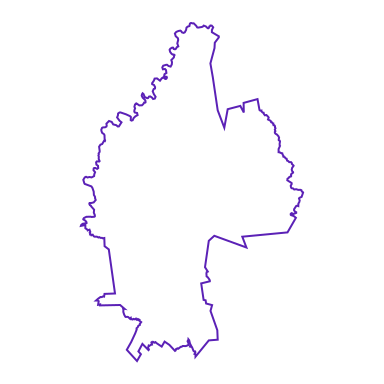 the district of Concordia, Sinaloa, Mexico
{"feature_id": "50627088B76854514222016", "entity_name": "Concordia", "entity_type": "district", "adm_level": 2, "iso_a3": "MEX", "parent_name": "Mexico", "parent_adm1": "Sinaloa", "projection": "natural_earth1", "projection_center": [-106.025, 23.421], "detail": "fine", "context": "isolated", "style": "outline", "palette": "violet", "viewbox_px": 384, "rotation_deg": 0, "n_neighbors": 0, "source": "geoboundaries", "source_scale": "gbopen_adm2", "svg_char_len": 5928}
<svg xmlns="http://www.w3.org/2000/svg" viewBox="0 0 384 384"><path d="M264.9,115.3L263.9,114.0L263.6,112.7L262.7,112.6L261.7,111.6L261.3,111.1L261.4,110.5L260.1,110.5L259.5,110.0L257.5,99.1L243.6,102.9L243.8,112.5L240.3,105.9L227.7,109.2L224.3,127.7L217.7,110.3L212.8,77.2L210.4,63.4L214.5,48.1L214.8,42.7L218.8,37.4L218.8,36.3L211.9,32.2L211.9,30.0L213.2,27.3L211.7,25.6L210.4,25.5L210.0,26.2L209.3,26.5L209.0,27.7L208.3,28.3L207.7,28.2L205.8,26.4L203.7,25.6L202.8,26.6L201.8,27.0L198.1,27.6L197.2,27.4L196.2,25.8L193.7,23.3L192.5,23.4L191.4,23.0L190.5,23.1L189.9,23.7L189.4,26.1L187.7,26.6L186.5,27.6L186.1,29.9L184.8,32.3L183.6,32.9L182.0,32.4L181.1,31.1L180.3,30.6L178.4,31.0L176.3,31.9L174.9,33.5L175.7,36.2L177.9,38.2L178.2,39.9L177.3,43.4L178.3,46.4L176.8,47.2L175.9,48.8L175.0,49.3L173.7,49.0L173.2,47.7L172.2,47.6L170.3,48.7L169.6,49.8L170.1,51.8L171.4,53.6L172.5,54.5L173.8,54.5L174.5,55.1L174.1,55.7L174.0,57.0L173.7,57.6L171.3,60.1L172.0,62.1L171.8,64.4L170.6,66.6L168.5,66.0L167.1,64.8L166.2,64.8L163.2,65.7L162.3,67.4L162.9,69.3L165.0,69.0L166.0,70.1L166.4,73.0L164.6,74.1L164.2,75.3L164.8,76.8L166.6,76.8L166.9,77.5L166.7,78.2L166.3,78.8L165.3,79.0L163.2,77.3L162.5,78.0L161.8,78.2L160.0,80.7L157.0,78.4L154.6,78.6L153.9,80.6L152.1,83.2L152.2,84.2L154.0,85.0L155.1,87.1L155.0,88.5L153.7,89.0L152.7,91.3L153.9,94.2L155.6,96.8L154.8,98.6L153.1,99.0L151.9,97.5L150.2,96.4L149.0,96.6L148.0,98.1L147.2,98.2L144.7,97.0L143.5,94.0L142.6,93.3L142.0,94.3L141.7,95.7L142.7,97.7L144.9,99.8L145.5,100.9L145.5,102.4L145.0,102.7L144.1,102.6L143.4,103.9L142.0,105.3L139.3,105.4L136.4,103.4L135.9,103.6L135.8,104.2L135.0,104.5L134.4,106.8L135.1,108.3L134.4,110.2L134.3,111.6L134.8,112.5L137.1,113.0L137.6,115.1L135.4,116.3L133.6,118.1L132.7,120.2L131.5,120.6L130.7,120.1L130.9,117.0L130.1,116.2L126.0,114.3L120.4,112.4L119.5,112.5L118.1,113.5L117.9,115.5L117.1,117.4L119.6,120.8L121.5,122.3L118.9,126.4L117.8,126.5L116.3,125.2L113.2,124.4L111.7,121.9L109.0,121.0L106.4,123.7L106.7,125.7L106.4,126.6L105.1,127.3L103.0,127.4L102.1,127.8L101.3,129.6L101.4,130.8L102.1,132.8L104.0,134.2L104.5,135.2L104.6,138.6L105.1,140.7L104.9,141.1L104.1,140.7L102.2,144.0L100.4,144.7L99.1,146.7L99.7,151.2L99.4,152.4L98.6,153.4L98.8,154.6L98.4,155.5L98.8,156.6L98.7,158.9L99.6,161.1L99.3,161.5L96.8,161.4L96.1,162.3L96.4,164.6L98.0,165.8L98.2,168.1L97.1,168.9L95.4,168.0L94.2,168.0L93.7,168.4L93.5,170.2L95.1,172.2L94.3,174.2L94.1,176.1L91.6,177.4L89.4,177.0L87.5,177.5L86.1,176.8L85.6,176.9L84.7,177.5L83.3,179.8L84.3,183.2L84.7,183.9L91.4,186.4L92.4,187.9L93.7,191.6L93.9,195.0L94.8,196.4L95.1,197.2L95.0,198.0L95.7,200.0L93.7,202.4L91.3,203.0L89.6,203.0L89.3,203.8L89.9,205.1L90.9,205.7L91.2,206.4L94.1,209.7L93.8,212.7L94.8,215.0L94.9,216.2L94.5,216.7L91.7,217.0L90.7,216.7L86.4,216.8L84.0,218.0L83.4,218.8L83.3,219.4L85.4,220.7L86.5,222.2L86.5,223.1L82.6,223.8L81.2,225.0L80.9,225.9L85.3,225.0L85.4,228.3L87.5,229.7L87.7,230.4L89.5,229.7L90.3,231.9L89.7,232.8L90.3,233.6L90.1,234.5L90.8,234.6L91.3,235.3L92.7,234.7L93.8,236.3L94.6,236.7L96.9,236.7L98.4,237.5L99.2,237.1L100.6,237.9L102.1,237.9L102.7,238.3L104.3,238.0L104.6,246.2L108.8,249.4L115.0,293.5L104.5,293.9L104.1,296.6L103.0,296.4L101.8,297.1L100.5,297.0L98.0,298.8L96.1,300.5L97.7,300.5L98.7,301.2L98.1,304.8L100.1,304.4L100.0,305.4L120.1,305.0L124.5,308.8L123.1,308.6L123.4,309.9L123.3,311.9L124.2,314.7L125.3,316.7L125.8,317.0L127.2,316.8L128.3,317.1L129.8,318.6L130.8,317.8L131.0,318.6L130.7,319.0L131.0,319.3L131.9,319.1L132.7,319.5L133.5,318.9L134.6,319.3L135.9,318.6L136.2,319.3L137.0,319.2L137.1,319.9L137.7,319.9L138.1,319.1L139.5,319.8L139.4,320.2L139.0,320.4L141.2,322.1L139.8,323.9L139.9,324.9L138.3,325.8L137.7,327.3L136.6,328.2L136.5,329.1L136.7,329.5L135.2,333.4L131.2,342.0L126.8,349.8L137.0,361.0L140.9,354.2L138.4,351.4L142.4,343.9L148.5,350.1L148.9,349.6L148.7,349.0L148.1,348.6L148.0,347.9L148.6,345.8L149.0,346.2L150.7,344.9L152.0,344.6L151.4,342.4L152.1,341.9L152.6,342.6L153.5,342.0L154.3,342.7L155.5,342.1L156.2,342.9L161.7,346.6L164.6,341.6L169.4,344.9L175.0,350.9L175.6,350.5L176.1,349.0L177.2,348.8L177.4,348.3L178.2,348.3L178.5,348.6L180.7,346.8L181.6,346.8L182.7,346.0L185.8,346.1L188.3,345.1L188.4,343.8L188.8,343.1L188.5,343.0L187.6,341.5L187.8,340.6L188.3,340.1L188.4,339.3L189.2,340.3L190.0,343.6L191.0,345.5L190.2,346.0L190.0,346.6L192.0,347.1L193.5,350.9L194.1,351.4L195.1,351.4L195.4,352.2L194.5,354.0L196.0,354.6L195.5,355.5L195.5,356.7L208.8,340.4L217.7,339.7L217.3,330.2L210.5,310.9L212.1,305.1L206.1,303.5L205.6,300.3L203.6,299.9L201.2,283.4L209.8,281.3L209.8,280.4L209.3,279.4L207.8,277.3L206.6,276.4L206.4,273.4L206.7,272.1L207.8,271.6L205.0,267.2L208.8,240.8L214.3,235.8L246.4,247.5L242.3,236.7L287.5,232.4L295.9,217.8L293.7,216.0L291.0,215.1L290.7,214.7L290.8,213.7L291.8,213.1L292.5,213.6L293.7,213.9L296.2,212.9L296.2,212.2L295.0,211.6L294.1,210.4L294.1,209.2L296.2,206.0L297.1,205.7L298.3,206.1L298.4,203.5L299.2,202.3L299.7,200.5L299.0,198.4L299.5,197.8L301.6,196.9L303.1,192.5L302.6,191.9L301.8,191.5L301.4,190.2L300.3,189.8L298.3,189.9L296.2,189.2L294.2,189.5L293.0,188.4L291.6,188.2L291.1,187.6L290.7,185.8L291.7,184.0L291.6,183.0L287.3,180.3L287.5,178.7L288.6,178.0L289.4,176.9L290.9,176.5L291.2,176.0L291.0,174.9L291.2,174.1L293.1,172.6L293.0,172.0L292.3,171.4L291.7,169.7L292.2,167.7L293.5,166.0L293.6,165.6L291.9,164.0L291.8,163.0L291.0,162.1L289.2,162.1L288.3,161.1L287.1,160.6L286.6,158.7L285.6,158.4L284.9,157.3L283.3,156.6L283.5,155.9L282.5,154.4L282.3,153.3L280.3,152.8L279.8,152.3L278.6,152.2L278.6,149.0L280.0,145.9L279.7,145.5L279.6,143.9L280.0,141.5L279.7,140.6L278.8,140.3L278.7,139.2L279.1,137.8L278.5,136.3L276.9,134.5L275.6,133.8L274.9,132.9L274.8,132.0L275.4,131.1L274.8,129.7L275.5,128.2L275.0,127.5L275.0,126.2L274.4,125.3L273.5,125.2L273.3,123.6L272.9,123.7L271.7,122.1L271.1,122.1L270.6,120.8L268.0,119.5L268.7,117.6L268.2,116.8L266.4,115.0L264.9,115.3Z" fill="none" stroke="#5b21b6" stroke-width="2"/></svg>